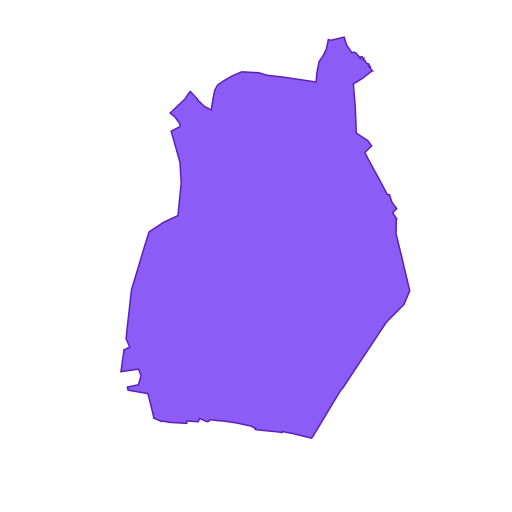 Cesvaine, Cesvaines, Latvia, rotated 75°
{"feature_id": "27541924B54491837054784", "entity_name": "Cesvaine", "entity_type": "district", "adm_level": 2, "iso_a3": "LVA", "parent_name": "Latvia", "parent_adm1": "Cesvaines", "projection": "mercator", "projection_center": [26.306, 56.965], "detail": "fine", "context": "isolated", "style": "filled", "palette": "violet", "viewbox_px": 512, "rotation_deg": 75, "n_neighbors": 0, "source": "geoboundaries", "source_scale": "gbopen_adm2", "svg_char_len": 3093}
<svg xmlns="http://www.w3.org/2000/svg" viewBox="0 0 512 512"><g transform="rotate(75 256 256)"><path d="M179.2,115.9L179.0,116.0L178.8,116.1L178.6,116.2L178.4,116.3L176.0,117.2L173.5,118.2L163.3,127.3L137.5,121.5L115.0,117.4L112.2,107.8L111.4,105.8L107.2,96.0L107.3,95.6L105.6,96.6L104.1,96.8L103.2,96.6L103.1,97.5L102.8,97.5L102.6,97.5L102.3,97.0L102.1,97.6L101.5,98.1L101.0,98.1L100.5,97.3L100.1,97.2L99.1,98.1L99.1,98.4L99.1,98.8L98.9,98.8L98.6,98.9L98.3,99.3L97.9,99.7L97.4,99.8L96.9,99.8L96.2,99.9L95.6,100.0L95.3,100.4L95.0,100.8L94.5,101.3L94.1,101.9L93.8,101.6L93.6,101.2L93.4,100.8L93.0,100.4L92.9,100.7L92.7,101.3L92.2,101.5L92.0,102.1L91.8,102.1L91.0,101.9L90.8,102.6L90.7,103.4L90.8,103.6L91.0,103.8L91.4,104.0L91.9,104.2L91.5,104.6L91.2,105.0L90.7,104.9L90.3,104.8L89.9,104.9L89.5,105.0L89.0,105.4L88.5,105.8L88.1,105.8L87.6,105.8L87.3,106.1L87.0,106.5L86.3,106.8L85.6,107.1L84.9,108.0L84.3,108.8L84.6,110.7L82.4,111.5L79.7,112.4L76.7,113.7L72.9,114.0L67.4,114.2L67.4,114.8L67.0,127.8L65.7,130.1L68.8,131.7L74.2,134.4L76.1,136.0L80.3,139.7L82.3,142.1L84.6,144.8L94.6,149.7L103.5,152.9L89.9,184.2L87.1,191.4L84.3,198.5L79.6,206.0L77.7,212.1L77.5,212.7L77.3,213.3L75.8,217.8L74.4,222.3L75.8,232.0L76.8,235.8L77.8,239.6L78.1,240.7L78.4,241.8L80.8,248.7L85.1,252.9L91.3,256.0L103.4,261.5L97.7,267.5L92.3,270.6L91.8,271.2L90.4,271.8L89.6,271.8L80.0,276.9L81.3,278.7L86.0,284.0L95.7,301.9L100.7,298.3L109.5,295.1L111.5,296.5L113.4,305.6L114.1,305.6L114.5,305.6L120.5,305.5L145.9,305.2L165.9,309.3L196.7,320.9L199.4,335.9L203.0,347.0L205.0,353.0L217.1,360.7L218.1,361.3L220.7,362.9L237.8,373.5L239.6,374.6L256.4,385.0L262.9,387.6L273.2,391.6L283.4,395.6L292.8,399.3L302.3,402.9L311.3,401.5L312.5,407.8L316.1,409.3L319.6,410.8L326.2,413.6L332.8,416.4L333.3,411.6L333.9,406.8L334.4,402.8L334.9,398.8L338.4,398.4L341.8,398.0L345.9,400.5L350.0,402.9L349.6,408.6L349.3,414.2L352.5,414.3L361.0,396.0L373.2,396.2L385.4,396.5L385.9,396.9L388.9,393.2L391.5,390.0L391.0,389.5L394.1,383.1L395.2,379.9L396.5,376.0L397.2,373.8L399.7,366.3L397.4,365.5L401.2,354.7L398.3,352.5L403.3,346.4L403.5,344.9L402.9,343.7L402.3,342.5L403.9,338.5L405.5,334.5L406.1,332.7L406.8,330.8L407.0,330.1L409.8,323.7L412.2,318.0L418.2,306.4L419.3,304.3L420.9,303.1L421.2,302.4L421.9,300.9L423.3,301.7L424.4,299.2L426.2,294.6L426.3,294.4L431.2,281.3L433.3,276.3L432.3,275.9L433.9,272.9L437.1,266.2L443.1,255.4L446.3,249.5L445.0,247.8L441.1,243.7L439.6,242.1L430.2,232.4L429.9,232.1L429.6,231.8L429.3,231.5L429.1,231.2L418.4,220.2L407.8,209.1L406.8,207.6L405.8,206.1L383.2,180.7L370.9,166.7L367.0,162.3L363.1,157.9L353.6,147.1L351.5,143.5L347.4,136.4L346.3,134.6L345.3,132.8L343.2,129.2L341.2,125.7L329.4,116.5L310.7,116.0L292.0,115.4L290.7,115.4L289.3,115.4L287.0,115.3L284.6,115.3L277.7,115.1L270.9,115.0L268.1,114.2L256.8,111.0L256.6,110.4L249.6,112.8L249.4,112.4L247.0,108.4L246.6,107.8L242.7,109.5L239.2,110.8L231.3,111.2L230.9,112.3L230.6,113.2L225.5,114.4L211.7,117.6L202.4,119.9L193.1,122.1L192.4,122.3L191.7,122.5L184.1,124.0L179.6,115.8L179.2,115.9Z" fill="#8b5cf6" stroke="#5b21b6" stroke-width="1.5"/></g></svg>